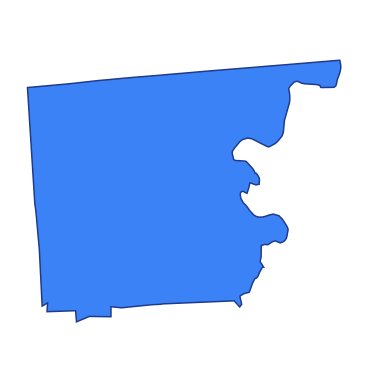 Shelby, Tennessee, United States of America (orthographic projection), rotated 175°
{"feature_id": "52423323B51053623406996", "entity_name": "Shelby", "entity_type": "district", "adm_level": 2, "iso_a3": "USA", "parent_name": "United States of America", "parent_adm1": "Tennessee", "projection": "orthographic", "projection_center": [-90.065, 35.201], "detail": "fine", "context": "isolated", "style": "filled", "palette": "blue", "viewbox_px": 384, "rotation_deg": 175, "n_neighbors": 0, "source": "geoboundaries", "source_scale": "gbopen_adm2", "svg_char_len": 1930}
<svg xmlns="http://www.w3.org/2000/svg" viewBox="0 0 384 384"><g transform="rotate(175 192 192)"><path d="M351.2,91.4L345.5,94.1L346.9,85.4L318.3,83.9L318.4,72.7L305.1,77.0L283.6,74.8L282.7,84.8L272.5,82.8L242.0,83.2L233.3,82.9L230.8,83.1L159.4,79.9L154.5,73.3L152.3,75.8L153.4,84.1L149.9,85.9L147.6,86.5L143.7,87.1L139.6,95.9L137.7,99.1L136.5,100.5L135.1,100.7L133.5,102.6L131.9,105.8L128.6,110.7L127.9,111.0L127.2,110.9L130.2,116.8L128.8,121.3L127.7,132.6L123.9,133.5L121.7,132.9L120.9,132.9L116.8,135.2L113.4,136.1L108.6,133.6L106.9,134.0L104.3,135.1L103.2,136.1L102.0,137.7L101.4,139.4L99.6,145.8L99.7,147.5L100.7,150.1L104.3,157.0L107.5,160.8L113.0,162.9L116.9,162.4L120.9,161.4L124.2,160.9L127.2,161.1L129.6,161.8L132.2,163.4L132.9,164.3L136.3,168.7L138.4,172.5L140.0,174.7L142.0,177.0L142.8,179.0L143.8,181.2L144.1,183.2L144.1,186.4L142.9,187.9L140.8,188.3L139.4,187.0L137.3,185.9L135.1,191.1L133.6,196.0L133.2,196.0L127.7,193.5L124.4,193.9L123.7,198.4L123.8,200.0L125.3,203.5L126.7,205.3L127.6,205.4L128.2,207.6L129.4,209.9L130.5,211.4L132.1,213.4L133.6,215.5L135.3,217.6L136.5,218.2L146.4,219.7L147.5,220.7L147.7,221.2L148.6,227.2L148.2,228.9L147.7,229.8L145.5,232.4L139.8,238.1L138.2,239.2L136.4,240.0L131.7,240.9L127.5,239.7L113.6,231.0L111.8,230.3L110.9,230.4L105.6,232.7L103.7,233.9L101.2,236.0L97.5,239.9L97.3,240.1L95.8,243.6L93.6,255.5L87.1,272.5L86.5,275.7L86.2,278.8L86.3,282.9L86.7,286.5L84.8,289.1L80.4,292.7L78.0,293.2L77.2,293.0L73.1,290.8L70.4,290.0L58.2,288.1L55.4,287.0L55.0,286.4L54.8,285.2L54.1,284.8L41.5,283.9L40.3,284.6L39.8,284.9L39.0,286.1L37.4,291.4L34.5,297.5L33.0,302.3L32.8,305.5L33.3,310.4L133.7,310.9L150.4,311.0L167.3,311.1L183.8,311.1L225.5,311.2L229.3,311.2L233.8,311.3L234.0,311.3L250.5,311.3L267.1,311.2L275.6,311.2L292.3,310.8L300.7,310.6L309.0,310.5L346.7,310.4L346.8,310.4L349.6,193.8L349.2,186.9L349.1,148.2L351.2,91.4Z" fill="#3b82f6" stroke="#1e3a8a" stroke-width="1.5"/></g></svg>